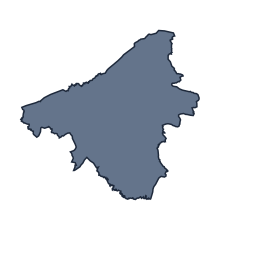 outline of Songololo, Bas-Congo, Democratic Republic of the Congo, rotated 149°
{"feature_id": "63176286B29097498682851", "entity_name": "Songololo", "entity_type": "district", "adm_level": 2, "iso_a3": "COD", "parent_name": "Democratic Republic of the Congo", "parent_adm1": "Bas-Congo", "projection": "albers", "projection_center": [14.107, -5.44], "detail": "fine", "context": "isolated", "style": "filled", "palette": "slate", "viewbox_px": 256, "rotation_deg": 149, "n_neighbors": 0, "source": "geoboundaries", "source_scale": "gbopen_adm2", "svg_char_len": 5876}
<svg xmlns="http://www.w3.org/2000/svg" viewBox="0 0 256 256"><g transform="rotate(149 128 128)"><path d="M189.7,137.2L189.4,135.6L189.6,134.3L190.1,133.3L190.1,131.5L190.5,130.2L193.8,127.9L191.1,125.5L191.5,122.8L192.5,123.4L193.6,121.8L196.5,119.6L195.7,119.2L189.2,119.5L187.6,120.4L184.8,121.2L181.7,123.1L178.4,124.0L177.3,119.3L175.6,115.7L175.5,110.6L174.9,110.0L173.6,109.7L174.9,108.9L175.6,108.8L175.5,108.4L176.1,107.3L176.7,107.3L176.6,106.5L176.1,105.8L176.1,104.4L176.5,103.9L176.7,103.0L177.2,102.8L177.3,102.5L176.4,102.1L176.3,101.1L175.6,100.1L174.6,99.5L174.5,98.2L173.5,98.2L173.4,97.3L172.6,97.1L173.2,96.0L173.1,95.6L172.5,96.0L171.8,95.8L171.5,94.2L171.8,94.0L172.1,94.9L172.8,95.0L173.3,90.5L173.2,90.0L172.4,89.4L172.4,89.0L173.4,87.8L173.3,87.4L172.4,88.2L171.9,88.0L172.1,87.5L171.8,87.2L170.9,87.2L170.7,86.1L169.9,86.1L169.8,85.8L170.7,84.7L171.3,84.7L171.8,84.3L172.6,84.2L172.8,83.5L173.3,83.1L173.1,82.6L172.5,83.2L172.1,83.2L171.5,82.2L171.4,81.4L171.0,81.3L170.9,81.7L170.1,81.8L169.8,81.6L169.7,81.4L170.3,80.6L169.3,79.5L168.2,79.6L167.3,78.0L166.7,77.6L167.3,76.5L168.4,76.6L168.6,76.1L168.3,75.2L167.5,75.7L167.4,74.8L167.0,74.6L167.0,74.0L167.6,74.0L167.7,73.2L168.1,73.1L168.2,72.7L167.8,71.7L167.4,72.6L166.2,71.9L165.8,71.4L165.9,71.1L166.8,71.0L166.8,70.3L166.1,69.0L166.0,68.4L165.4,68.1L165.2,67.4L164.0,67.0L163.7,67.4L163.2,66.9L162.3,66.9L160.7,65.5L159.9,65.7L159.7,65.2L159.9,64.3L158.4,62.9L156.3,63.2L154.9,62.4L152.7,62.6L152.5,62.2L152.7,60.9L151.8,61.0L151.2,60.5L150.5,60.9L150.7,59.4L149.5,58.6L148.8,59.9L147.6,60.8L147.4,60.2L148.2,59.8L148.7,58.7L148.2,57.9L148.6,57.6L148.5,57.2L147.5,57.1L147.1,56.7L146.7,57.3L146.4,57.3L145.7,55.6L145.0,55.6L139.8,60.4L138.0,62.8L136.1,64.4L133.4,65.5L127.4,69.2L125.0,69.5L124.5,69.4L122.0,67.2L120.3,67.2L119.5,68.3L119.8,69.5L119.4,70.0L117.3,71.2L117.1,70.6L116.3,70.4L115.9,71.0L116.7,74.0L117.2,74.8L116.9,76.2L117.6,77.0L118.0,81.9L117.7,82.8L118.0,83.4L117.1,84.3L117.6,85.5L116.7,87.9L116.0,88.8L113.9,93.2L113.5,94.7L113.7,95.3L112.6,96.3L111.9,96.0L111.5,96.2L110.7,98.0L110.2,98.2L109.8,97.5L108.3,98.5L107.6,98.4L106.1,98.8L105.5,98.3L105.0,98.4L104.5,98.2L104.1,97.4L103.5,97.6L103.0,97.1L102.2,98.7L100.7,99.4L101.0,102.3L101.5,103.4L101.3,105.4L101.1,106.0L100.4,106.3L99.6,105.1L99.0,104.9L99.2,106.2L99.8,107.3L99.5,108.0L98.6,108.3L98.2,108.7L98.4,109.1L98.3,110.0L97.9,111.1L97.3,111.1L97.1,112.5L93.5,111.9L91.5,111.1L88.9,108.7L88.0,106.7L87.2,106.1L86.5,104.8L84.8,103.4L83.4,103.3L82.3,104.3L81.6,104.6L81.3,105.5L80.9,105.5L80.4,106.4L78.8,107.9L78.5,109.6L78.7,111.8L77.9,113.1L75.9,113.0L72.9,111.8L71.3,109.7L70.6,109.4L67.9,106.8L65.7,105.1L64.0,106.2L64.4,107.4L63.5,107.5L63.2,108.1L63.5,108.8L63.2,109.4L63.2,110.1L62.7,112.2L62.1,111.9L61.5,112.0L60.1,110.9L58.0,110.7L56.3,113.7L55.8,115.3L55.1,115.3L54.6,115.6L53.6,115.4L52.4,116.0L51.6,117.1L50.9,120.6L51.6,122.2L53.5,123.7L53.9,124.9L55.2,125.8L55.8,127.3L56.7,127.5L61.8,132.4L63.8,135.1L65.0,138.2L67.5,140.3L68.2,141.3L68.3,142.5L67.3,143.5L66.6,143.4L65.4,142.6L64.1,142.3L63.4,141.8L61.1,141.9L60.6,141.7L60.4,141.3L58.0,141.9L57.3,144.7L54.9,144.6L54.1,144.2L53.8,144.8L54.1,145.7L55.3,147.3L55.9,147.6L56.8,148.6L58.1,149.3L58.3,149.9L58.1,150.8L58.2,152.6L58.6,153.5L58.4,154.2L57.8,154.6L57.7,155.9L58.6,158.3L57.6,163.0L58.2,166.3L56.1,169.7L55.5,169.7L55.0,170.1L53.9,170.1L52.8,169.1L52.5,170.2L51.5,170.1L51.6,170.6L50.8,171.6L50.4,172.8L49.7,173.2L49.5,174.3L47.6,177.3L47.0,177.4L46.7,177.8L47.1,178.4L46.8,179.3L47.0,180.4L46.7,181.5L46.4,181.7L45.7,181.3L45.1,181.7L44.3,181.1L43.9,181.2L43.6,182.7L43.0,183.2L41.5,183.0L41.2,183.2L40.6,182.9L40.1,186.1L46.7,192.4L51.5,195.8L55.0,194.7L60.2,196.2L61.6,197.6L62.7,197.6L63.6,197.2L65.3,196.9L67.2,196.2L68.0,196.2L71.4,197.6L72.2,197.4L73.9,197.6L74.8,197.2L78.0,197.4L79.2,197.0L80.5,194.4L94.1,193.0L96.8,192.0L102.1,190.8L114.3,188.9L116.3,188.3L119.3,186.7L121.5,187.5L123.5,187.6L123.8,188.0L123.3,188.5L123.4,189.0L123.8,188.9L124.9,189.5L126.2,189.4L127.0,188.5L127.8,189.0L128.5,188.6L128.9,189.0L130.8,187.9L132.4,188.2L133.4,187.9L133.9,187.4L134.4,187.4L136.0,188.2L136.9,187.9L137.3,187.5L137.8,187.4L138.1,187.9L139.0,187.0L139.5,187.7L139.9,187.7L140.2,188.7L141.8,188.8L142.2,188.4L142.5,189.2L142.9,189.4L143.1,188.7L143.6,188.8L144.7,188.3L145.0,187.8L145.5,187.7L146.0,188.2L146.5,187.8L147.6,190.2L147.4,190.8L147.9,191.9L148.9,192.3L149.4,192.8L149.8,192.7L150.0,191.8L150.9,191.8L151.0,192.2L151.6,192.4L151.8,191.8L152.3,191.6L152.6,192.6L153.4,193.3L153.5,194.4L155.8,193.0L157.0,193.8L157.3,192.6L157.6,192.3L158.6,192.4L159.4,191.3L160.2,190.8L160.6,191.5L162.3,191.3L164.1,194.3L177.0,196.6L184.1,197.1L188.8,196.3L189.4,195.8L190.5,196.7L193.9,197.1L203.6,199.6L208.4,200.4L208.7,198.2L208.1,196.9L208.4,195.8L209.2,195.5L209.4,194.8L210.0,194.6L211.6,192.6L212.1,191.4L212.9,191.5L213.5,190.7L213.9,191.1L214.3,190.4L214.9,190.8L215.5,190.5L215.1,189.8L215.3,189.2L215.9,188.8L215.8,188.5L215.2,188.1L215.3,187.8L214.9,187.1L214.6,185.8L214.2,185.8L212.3,183.2L210.8,182.1L211.3,181.2L212.4,180.4L213.1,180.7L213.4,180.4L213.4,179.3L213.9,179.1L214.0,178.7L213.9,178.3L213.2,178.3L212.6,176.7L212.3,177.1L211.9,177.1L211.7,176.6L212.1,176.0L211.5,174.4L210.8,174.0L212.1,172.0L212.2,171.1L210.9,167.1L208.6,167.3L205.0,169.8L202.9,172.7L202.3,173.1L201.5,173.0L199.5,170.7L196.9,170.2L196.1,169.8L195.6,170.1L195.2,170.1L194.6,168.4L194.8,167.0L193.8,166.6L193.6,166.2L194.2,165.7L194.3,165.1L195.5,164.3L195.8,163.9L195.6,163.2L194.5,162.5L193.9,160.9L193.0,160.7L192.0,159.9L191.7,159.3L192.1,158.3L191.6,155.9L192.0,154.9L189.8,154.8L188.8,155.2L188.2,155.1L187.4,154.4L185.3,154.8L182.5,154.7L180.4,153.8L180.4,151.9L180.0,150.3L180.3,148.9L181.0,147.7L181.6,141.2L182.2,138.3L184.0,137.1L185.4,136.6L186.5,136.6L189.7,137.2Z" fill="#64748b" stroke="#1e293b" stroke-width="1.5"/></g></svg>